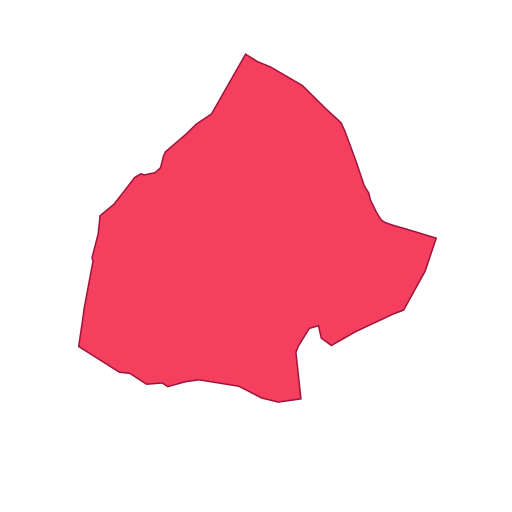 Tillia, Tahoua, Niger (Robinson projection), rotated 31°
{"feature_id": "23599985B40327375212482", "entity_name": "Tillia", "entity_type": "district", "adm_level": 2, "iso_a3": "NER", "parent_name": "Niger", "parent_adm1": "Tahoua", "projection": "robinson", "projection_center": [4.569, 15.899], "detail": "fine", "context": "isolated", "style": "filled", "palette": "rose", "viewbox_px": 512, "rotation_deg": 31, "n_neighbors": 0, "source": "geoboundaries", "source_scale": "gbopen_adm2", "svg_char_len": 872}
<svg xmlns="http://www.w3.org/2000/svg" viewBox="0 0 512 512"><g transform="rotate(31 256 256)"><path d="M150.6,424.9L198.8,426.0L208.2,421.6L228.2,422.3L241.1,413.1L247.6,413.4L260.7,399.7L271.1,391.4L308.3,376.5L334.1,374.8L350.4,369.7L368.1,355.3L339.8,318.0L338.7,311.4L339.0,290.6L345.5,283.6L354.3,292.8L366.7,293.9L380.3,269.6L403.3,235.3L410.4,226.3L408.8,181.9L401.3,147.9L368.3,156.2L357.9,159.0L349.7,160.8L344.7,160.6L336.7,156.5L325.0,148.9L320.5,144.1L312.7,140.1L294.3,124.4L278.8,111.9L267.6,103.0L260.1,97.9L239.0,93.6L208.0,86.0L171.2,86.5L157.4,88.6L143.1,88.4L144.7,157.1L136.9,173.6L133.5,186.9L124.7,213.4L125.4,218.7L128.7,229.4L126.5,236.6L118.5,244.0L115.1,244.8L111.5,251.3L110.1,264.3L107.6,284.7L101.6,301.8L109.3,318.2L116.3,341.9L119.0,344.5L135.4,388.7L140.9,401.5L150.6,424.9Z" fill="#f43f5e" stroke="#9f1239" stroke-width="1.5"/></g></svg>